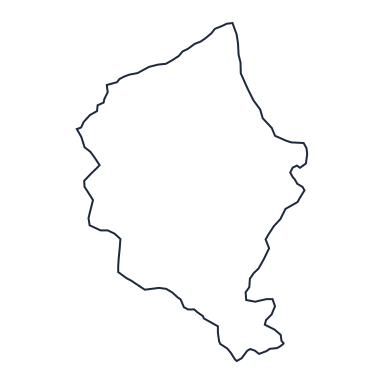 Kivisili, Larnaca, Cyprus (Mercator projection)
{"feature_id": "46923920B59918877113180", "entity_name": "Kivisili", "entity_type": "district", "adm_level": 2, "iso_a3": "CYP", "parent_name": "Cyprus", "parent_adm1": "Larnaca", "projection": "mercator", "projection_center": [33.515, 34.826], "detail": "fine", "context": "isolated", "style": "outline", "palette": "slate", "viewbox_px": 384, "rotation_deg": 0, "n_neighbors": 0, "source": "geoboundaries", "source_scale": "gbopen_adm2", "svg_char_len": 1801}
<svg xmlns="http://www.w3.org/2000/svg" viewBox="0 0 384 384"><path d="M232.5,23.0L232.2,23.1L226.8,23.7L222.2,25.9L214.9,28.8L211.4,33.3L205.4,38.3L200.8,41.5L194.6,43.9L188.0,48.8L182.5,51.5L178.9,55.9L172.4,60.1L165.9,63.8L158.1,64.6L149.2,66.8L144.9,69.1L137.5,73.1L129.1,74.7L124.3,76.5L119.5,79.0L117.0,82.2L106.8,85.0L107.7,92.2L104.3,99.1L103.6,102.6L97.6,105.3L97.0,111.1L90.0,115.0L83.7,121.9L81.1,127.5L76.8,129.1L81.3,136.9L84.6,147.3L90.4,151.8L94.0,156.7L99.6,165.1L96.5,168.4L91.6,173.1L91.3,173.4L84.2,180.8L84.5,186.7L93.0,200.1L89.9,212.3L88.5,218.2L89.2,222.4L89.6,225.3L100.6,230.4L107.7,230.4L114.5,233.6L120.4,239.0L119.7,248.3L118.7,258.5L118.2,266.5L118.2,272.1L126.7,278.3L131.0,280.5L134.7,283.0L144.8,289.7L158.9,287.9L166.1,288.8L172.3,292.5L177.7,297.4L180.6,299.4L183.9,307.2L188.2,309.5L194.2,309.4L197.2,312.1L202.9,316.1L203.8,318.4L217.9,326.3L217.9,332.8L219.1,341.3L220.2,343.9L227.1,348.4L230.7,352.6L234.9,359.3L236.7,361.0L241.7,358.2L247.2,350.8L250.2,349.0L254.8,350.6L259.1,353.9L260.6,353.3L266.5,351.1L269.8,348.8L277.0,348.1L280.4,346.2L283.3,343.9L283.6,343.2L281.5,340.9L280.7,334.9L274.4,329.5L264.8,324.7L266.0,320.1L271.6,314.5L275.0,306.2L272.5,299.1L266.5,299.1L255.2,301.7L246.2,300.0L245.6,292.3L249.3,287.2L249.9,278.7L253.8,273.0L258.6,268.5L263.7,259.4L269.1,248.3L265.6,239.4L268.7,234.1L273.9,226.1L280.3,219.2L285.5,208.9L297.6,202.0L299.4,198.7L302.1,194.2L304.5,190.4L302.5,186.9L297.3,183.8L294.9,179.6L292.6,176.9L290.2,172.5L292.7,167.6L296.9,165.6L300.0,167.8L305.9,163.5L307.2,154.0L306.5,148.2L303.6,143.0L291.3,142.4L285.9,140.6L275.0,135.8L271.8,128.0L262.7,118.2L260.2,109.5L253.5,100.4L247.7,88.8L240.8,73.4L240.5,62.4L238.6,54.7L238.0,43.6L237.8,42.2L236.6,34.3L232.5,23.0Z" fill="none" stroke="#1e293b" stroke-width="2"/></svg>